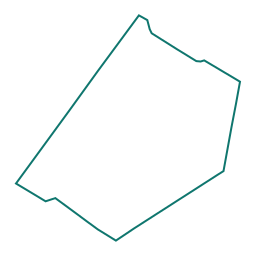 the district of Felipe Guerra, Rio Grande do Norte, Brazil
{"feature_id": "56859067B3792850034153", "entity_name": "Felipe Guerra", "entity_type": "district", "adm_level": 2, "iso_a3": "BRA", "parent_name": "Brazil", "parent_adm1": "Rio Grande do Norte", "projection": "mercator", "projection_center": [-37.653, -5.533], "detail": "fine", "context": "isolated", "style": "outline", "palette": "teal", "viewbox_px": 256, "rotation_deg": 0, "n_neighbors": 0, "source": "geoboundaries", "source_scale": "gbopen_adm2", "svg_char_len": 419}
<svg xmlns="http://www.w3.org/2000/svg" viewBox="0 0 256 256"><path d="M115.9,240.6L134.1,228.4L217.6,174.8L223.5,171.1L231.5,127.1L236.0,103.7L240.0,81.7L204.2,60.4L200.6,61.5L196.3,61.1L177.1,49.3L151.7,33.3L149.7,29.2L147.3,20.1L142.0,17.1L138.9,15.4L98.0,70.8L75.1,102.5L69.4,110.4L16.0,183.5L45.6,201.3L55.3,198.1L76.1,213.4L87.0,221.5L97.8,229.4L115.9,240.6Z" fill="none" stroke="#0f766e" stroke-width="2"/></svg>